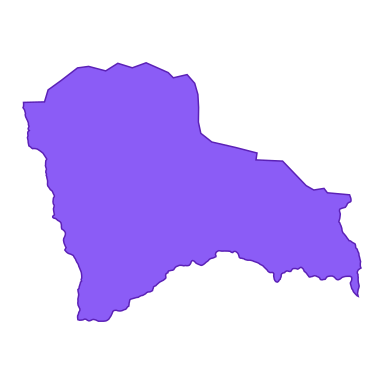 Meghri, Syunik, Armenia
{"feature_id": "60910142B6096064570676", "entity_name": "Meghri", "entity_type": "district", "adm_level": 2, "iso_a3": "ARM", "parent_name": "Armenia", "parent_adm1": "Syunik", "projection": "mercator", "projection_center": [46.294, 38.98], "detail": "fine", "context": "isolated", "style": "filled", "palette": "violet", "viewbox_px": 384, "rotation_deg": 0, "n_neighbors": 0, "source": "geoboundaries", "source_scale": "gbopen_adm2", "svg_char_len": 5947}
<svg xmlns="http://www.w3.org/2000/svg" viewBox="0 0 384 384"><path d="M349.6,194.8L327.4,192.8L324.0,188.4L313.8,190.0L306.1,185.6L282.6,161.1L256.0,159.9L257.0,153.0L235.7,147.5L211.8,142.0L200.8,133.3L198.4,122.1L198.6,107.4L197.9,94.5L194.7,83.3L187.1,74.6L173.3,77.8L168.2,72.6L146.1,62.8L132.3,67.8L117.8,63.3L105.7,70.9L88.6,66.4L77.5,67.9L61.0,80.6L48.1,89.9L44.5,101.9L23.5,102.4L23.6,104.0L23.6,105.0L23.5,106.4L23.0,107.7L24.4,109.7L24.8,110.9L25.2,112.3L25.5,113.8L25.2,114.6L25.4,115.9L25.8,117.2L26.2,117.9L26.8,119.3L27.4,120.4L28.4,123.0L28.4,124.8L29.0,126.3L28.1,128.7L28.5,129.9L29.3,130.5L28.0,131.7L27.7,133.0L28.0,135.8L27.4,137.6L28.1,140.6L28.2,142.6L28.9,145.9L30.5,146.9L31.7,148.1L32.7,148.7L33.7,148.5L35.4,148.6L37.4,149.1L40.4,151.1L43.0,153.2L45.8,157.5L46.7,158.9L46.7,159.4L45.8,160.7L45.6,162.9L45.6,164.4L45.4,165.7L45.8,167.1L46.3,168.5L46.4,169.6L45.9,170.8L45.8,172.4L46.5,174.1L46.2,175.3L46.7,176.6L47.0,178.4L47.5,180.2L47.6,182.0L47.5,183.5L47.5,184.8L47.8,186.0L48.6,187.0L50.3,189.6L52.1,191.0L52.6,191.9L53.3,193.6L54.3,195.5L54.3,196.6L53.4,198.0L53.0,201.6L53.2,203.3L53.5,204.2L54.2,205.2L54.0,206.9L53.4,208.8L53.6,210.4L54.4,214.8L53.3,215.7L52.7,216.4L52.8,217.4L53.5,217.9L54.2,218.3L55.1,218.3L55.8,218.7L56.8,219.5L57.8,220.4L58.8,220.9L59.9,221.6L60.8,222.6L61.1,223.5L61.4,225.0L61.4,227.1L61.7,228.9L62.8,229.6L64.2,230.8L65.3,232.5L65.4,233.6L65.3,234.9L64.6,236.8L63.7,238.6L63.5,240.3L63.8,242.0L64.2,243.5L65.5,246.6L66.1,247.6L64.8,250.0L65.3,250.6L65.8,251.3L66.9,252.4L68.0,253.2L69.1,253.7L70.8,254.2L72.2,254.9L73.3,255.5L73.9,256.6L74.4,257.6L75.1,258.5L75.6,259.4L76.0,260.5L76.4,261.2L76.9,262.3L77.7,263.4L78.4,264.8L78.8,266.3L79.3,267.4L81.1,271.8L81.4,273.0L81.7,275.7L81.7,278.2L81.2,279.3L81.2,280.0L81.6,281.1L80.9,281.8L80.5,282.2L80.3,283.4L80.0,284.3L79.2,286.8L79.0,288.3L78.6,288.9L77.9,289.5L78.1,291.6L78.4,292.8L78.7,294.7L78.4,296.6L77.9,299.0L78.0,301.2L77.8,303.0L78.1,305.2L79.9,309.0L79.8,310.6L78.8,312.3L78.4,314.1L77.6,315.9L77.6,317.8L77.9,319.7L79.6,320.2L81.3,320.1L82.9,319.9L84.3,319.2L85.0,319.1L86.1,319.3L87.3,320.2L88.6,320.8L89.7,320.8L91.0,320.3L92.2,319.7L93.2,319.4L94.5,319.6L95.9,320.0L96.9,320.5L98.4,321.2L103.3,321.2L105.3,321.0L106.7,320.6L108.7,319.3L110.9,316.0L112.0,313.7L112.9,311.4L114.0,310.5L115.4,310.3L116.4,310.3L118.0,310.8L120.0,311.0L121.3,310.8L122.2,310.6L124.1,309.7L125.6,309.3L126.5,308.5L127.0,307.6L127.8,306.7L128.7,306.3L128.8,305.7L129.0,304.7L129.1,303.2L129.4,302.1L129.6,300.9L130.0,299.6L130.9,299.1L136.5,297.5L138.2,297.3L139.8,296.3L141.3,295.6L142.7,295.4L145.5,293.8L146.7,292.6L148.0,292.0L149.4,291.9L150.5,291.7L152.5,290.6L152.7,289.6L153.3,288.1L153.5,286.9L154.3,286.3L155.8,285.7L156.7,284.7L158.5,283.1L159.7,282.1L162.0,280.9L163.4,280.2L164.7,279.1L165.6,278.4L165.9,277.4L165.8,276.8L165.6,275.2L166.0,273.9L166.6,273.3L168.0,272.7L168.0,271.7L168.5,271.0L171.2,270.4L172.7,270.2L173.8,269.6L174.5,268.4L175.3,267.4L176.4,266.5L177.6,266.1L179.1,265.4L180.6,265.3L182.0,265.4L182.9,265.6L183.7,265.8L185.6,265.5L186.8,265.7L188.2,265.6L189.3,265.2L189.9,264.5L190.5,263.7L191.0,262.5L191.3,261.6L192.0,260.8L192.8,260.5L193.9,261.0L195.2,262.2L196.1,263.2L198.4,264.3L199.5,264.7L200.9,265.3L201.8,265.3L202.9,264.8L204.0,264.1L205.2,263.1L206.0,262.3L206.9,261.7L208.2,260.7L209.2,259.5L209.9,259.0L211.2,258.4L213.0,258.0L214.0,257.6L215.6,256.8L215.9,256.7L216.0,256.0L215.9,255.6L215.5,254.7L215.5,254.2L215.7,253.3L216.1,252.4L216.7,251.8L218.0,251.0L218.8,250.7L220.0,250.8L221.0,251.0L222.0,251.1L224.7,251.0L228.3,251.1L229.9,251.3L230.5,251.5L231.2,252.2L232.2,252.5L232.8,252.5L233.4,251.7L234.4,251.4L235.2,251.4L236.2,251.8L237.5,252.9L238.2,253.9L238.8,255.5L239.2,257.1L239.5,257.6L240.6,258.2L241.7,258.2L242.9,258.6L243.8,258.7L245.0,259.5L246.8,260.0L247.8,260.2L250.0,260.2L252.4,260.7L253.7,261.3L257.7,262.7L259.3,263.6L260.2,264.4L261.6,265.0L263.3,266.1L264.3,267.3L265.6,268.5L267.3,270.2L268.0,271.3L269.2,272.2L270.2,272.6L271.7,272.5L272.6,272.5L273.3,272.9L273.9,274.0L273.7,275.1L273.7,276.2L274.3,279.3L275.0,280.7L276.1,281.8L277.3,282.1L278.5,281.4L278.8,280.7L279.5,279.8L280.3,279.1L280.4,278.3L281.0,277.0L281.2,276.0L281.2,274.8L281.7,273.8L282.7,273.1L284.7,272.6L285.3,271.7L286.8,270.9L287.7,271.0L288.5,271.3L289.6,271.5L290.8,271.4L291.2,270.7L291.8,269.9L292.4,269.0L293.3,268.6L295.2,268.5L296.5,268.7L297.4,269.1L298.1,269.0L299.9,267.8L300.8,267.3L301.6,267.5L302.2,268.1L303.0,268.7L303.7,270.0L304.3,271.4L305.4,272.2L306.5,273.3L307.3,274.5L308.5,276.0L308.9,276.7L309.9,277.1L310.8,276.7L312.0,276.6L314.3,275.7L315.8,275.9L317.0,276.5L318.5,277.1L319.6,277.9L320.4,279.5L321.4,279.8L322.5,279.8L323.4,279.5L324.4,279.4L325.2,279.3L325.9,278.3L326.9,277.0L327.7,276.5L329.1,276.2L331.0,276.0L332.6,276.1L333.2,276.5L334.2,277.0L336.3,279.2L337.3,279.7L338.6,279.7L340.3,278.9L342.1,277.4L343.8,276.8L345.6,276.4L347.6,276.3L350.1,276.3L351.6,277.2L351.8,278.2L351.7,280.0L351.3,281.1L350.4,282.7L350.4,283.7L350.8,285.1L351.8,288.8L352.6,289.7L353.4,291.7L355.0,293.6L357.0,295.7L358.2,296.3L357.5,293.6L358.2,289.4L358.7,288.1L359.1,286.6L359.1,285.5L358.7,283.8L358.4,282.7L358.2,280.9L358.1,279.4L358.2,277.4L358.0,276.0L358.0,274.4L357.3,273.2L357.3,271.8L358.1,270.1L359.5,268.9L361.0,268.0L360.5,266.8L360.3,265.7L360.3,263.5L360.6,261.5L360.0,259.4L359.6,257.5L359.0,255.3L358.8,253.2L357.8,251.2L357.2,249.2L355.7,247.7L355.6,245.9L355.2,244.1L354.6,243.6L353.1,242.8L352.1,242.2L351.1,241.4L350.1,240.8L349.0,240.6L348.4,239.6L347.4,238.4L346.0,236.3L344.3,234.2L342.9,232.7L342.1,230.7L341.8,228.3L341.0,225.8L340.2,224.2L339.8,222.9L338.8,221.8L339.2,220.3L339.7,218.8L340.0,216.8L340.3,214.0L339.9,212.5L339.5,211.2L339.5,209.9L340.0,209.0L342.1,208.2L345.3,207.3L346.6,205.5L347.4,203.7L348.5,202.7L350.5,201.8L351.0,201.0L351.0,199.6L350.8,198.2L350.1,196.3L349.6,194.8Z" fill="#8b5cf6" stroke="#5b21b6" stroke-width="1.5"/></svg>